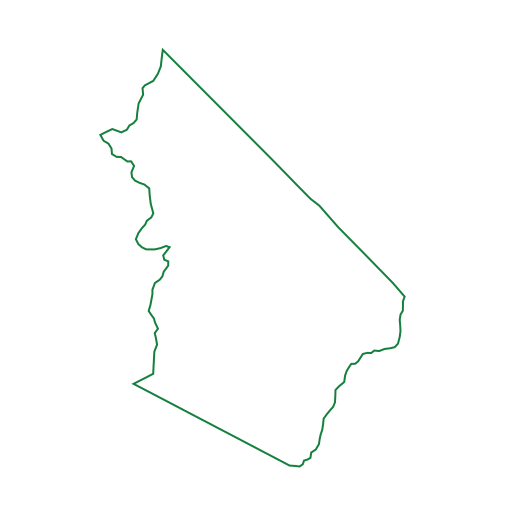 Água Branca, Alagoas, Brazil, rotated 355°
{"feature_id": "56859067B70474905670941", "entity_name": "Água Branca", "entity_type": "district", "adm_level": 2, "iso_a3": "BRA", "parent_name": "Brazil", "parent_adm1": "Alagoas", "projection": "natural_earth1", "projection_center": [-37.913, -9.252], "detail": "fine", "context": "isolated", "style": "outline", "palette": "green", "viewbox_px": 512, "rotation_deg": 355, "n_neighbors": 0, "source": "geoboundaries", "source_scale": "gbopen_adm2", "svg_char_len": 1789}
<svg xmlns="http://www.w3.org/2000/svg" viewBox="0 0 512 512"><g transform="rotate(355 256 256)"><path d="M111.5,121.8L114.2,127.9L118.8,131.2L121.4,136.3L121.4,141.9L125.8,145.1L130.2,145.6L133.0,148.0L136.1,150.6L139.8,150.8L142.4,155.6L139.2,161.9L139.4,166.7L142.1,170.4L146.4,173.0L150.9,175.0L155.5,179.3L155.4,186.5L155.7,195.0L156.7,200.5L157.4,204.6L155.0,208.5L150.3,211.4L148.3,215.1L144.6,218.5L140.8,223.0L137.8,228.8L139.8,233.8L143.0,237.3L147.1,239.8L151.2,240.2L155.7,240.6L161.6,239.8L167.3,238.2L170.7,239.7L166.8,243.9L163.6,247.3L164.3,251.7L168.1,253.7L167.7,257.9L165.2,260.8L162.7,263.6L161.0,268.1L158.0,271.3L153.0,274.0L149.9,280.5L149.5,285.0L148.4,289.0L146.6,295.5L144.3,301.4L146.7,305.8L148.8,309.2L149.6,313.4L152.0,319.9L148.4,324.0L149.2,329.3L149.7,335.7L146.4,342.4L143.3,364.4L122.9,372.7L202.4,423.6L271.2,467.7L277.0,468.6L281.1,469.5L284.5,467.5L286.0,464.0L289.4,463.3L292.6,461.9L293.9,456.6L298.7,454.0L302.3,448.9L303.4,444.2L304.8,439.6L306.8,435.0L308.1,429.8L309.2,423.9L312.6,420.0L316.3,416.2L319.7,413.0L321.9,408.7L322.8,402.5L323.5,396.4L327.3,393.1L332.9,389.2L334.4,382.7L336.4,378.4L338.7,375.2L341.5,371.8L345.4,372.0L348.5,369.9L351.6,365.9L353.9,362.9L358.5,362.2L362.3,362.7L365.6,360.5L370.4,361.4L376.1,359.8L381.6,359.6L386.3,358.9L389.8,355.7L392.1,349.2L393.4,343.3L393.6,337.6L393.6,332.1L394.9,326.9L397.5,323.3L398.1,318.2L398.4,314.1L400.5,309.4L390.2,295.1L361.0,259.4L340.4,234.5L323.5,211.4L315.5,204.0L312.4,200.3L302.8,188.7L298.6,183.5L279.5,160.2L181.1,42.5L179.3,50.8L177.7,58.8L174.1,66.0L168.9,72.6L160.2,76.3L157.6,78.9L157.6,85.5L152.4,93.7L150.2,102.9L149.0,109.6L145.6,112.9L141.3,114.9L138.3,119.0L132.6,121.1L123.9,117.0L116.2,119.9L111.5,121.8Z" fill="none" stroke="#15803d" stroke-width="2"/></g></svg>